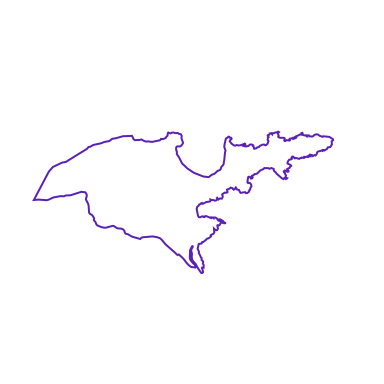 Village, Saint Lucia (Albers equal-area conic projection), rotated 339°
{"feature_id": "8701671B40321186165087", "entity_name": "Village", "entity_type": "district", "adm_level": 2, "iso_a3": "LCA", "parent_name": "Saint Lucia", "parent_adm1": "", "projection": "albers", "projection_center": [-60.893, 13.818], "detail": "fine", "context": "isolated", "style": "outline", "palette": "violet", "viewbox_px": 384, "rotation_deg": 339, "n_neighbors": 0, "source": "geoboundaries", "source_scale": "gbopen_adm2", "svg_char_len": 6119}
<svg xmlns="http://www.w3.org/2000/svg" viewBox="0 0 384 384"><g transform="rotate(339 192 192)"><path d="M126.8,217.3L128.3,216.6L129.7,216.6L139.1,219.3L142.7,221.3L145.4,223.5L146.5,225.4L148.6,231.5L154.9,243.5L155.7,245.6L155.4,245.8L157.3,245.6L158.8,248.5L160.2,251.6L161.7,256.7L162.7,259.1L164.4,261.7L168.0,263.7L168.5,263.6L168.6,261.5L168.3,260.0L167.6,259.4L166.2,255.0L166.2,253.1L169.3,245.7L172.3,243.0L172.9,242.7L173.2,243.0L172.9,243.6L171.2,245.0L170.2,246.4L169.8,249.8L168.6,252.2L167.9,255.0L168.1,256.7L169.6,260.5L170.2,265.0L171.3,269.8L171.7,271.0L172.7,271.3L173.5,270.8L173.9,269.6L174.1,266.4L174.3,266.2L175.7,266.8L176.7,264.4L176.5,262.7L177.4,261.2L177.4,260.6L176.6,259.0L177.3,257.1L176.9,256.2L176.8,253.3L176.4,251.6L177.1,250.3L176.9,247.1L179.7,242.9L182.4,243.5L183.6,242.4L184.6,242.7L187.1,242.0L189.5,240.9L190.6,241.2L193.1,240.6L193.9,240.2L193.9,239.2L194.4,238.9L196.9,238.7L198.3,237.8L199.4,234.0L200.6,236.3L201.8,236.6L203.1,235.5L203.5,232.8L203.8,232.2L204.3,232.2L204.9,232.8L206.1,232.7L208.3,230.5L209.2,231.7L210.1,231.6L210.7,232.7L211.8,233.0L211.9,232.7L210.6,231.2L210.6,230.3L208.5,227.6L207.6,227.3L207.5,228.8L207.1,228.8L206.2,227.8L205.7,225.5L204.8,224.3L203.2,223.6L202.9,224.1L202.6,223.4L201.1,222.7L201.0,223.3L200.7,223.4L196.5,219.5L195.5,219.3L194.8,219.9L193.8,219.5L193.7,218.9L193.1,218.4L190.4,218.5L189.4,217.9L189.1,216.3L190.3,209.4L191.6,207.7L193.4,207.1L194.3,206.2L195.6,206.4L196.5,205.8L197.4,205.8L197.6,206.8L197.9,206.9L201.5,206.5L205.3,207.3L206.3,206.6L206.5,205.6L207.5,206.6L209.0,207.1L210.3,208.3L211.2,208.5L212.8,208.2L213.2,207.5L213.0,206.6L213.4,206.4L214.1,208.5L215.7,208.0L217.5,208.9L218.6,208.0L219.2,207.0L219.2,205.3L219.5,204.9L222.3,204.3L224.0,205.0L224.9,205.0L225.2,204.6L225.5,202.3L228.3,202.3L229.8,201.8L231.2,203.0L231.2,203.7L231.9,204.2L232.0,204.8L233.3,204.4L234.5,203.5L234.9,205.8L236.6,206.9L236.7,208.9L237.0,210.2L241.6,211.2L241.9,212.3L243.3,212.8L245.4,212.1L245.7,211.4L246.3,211.2L246.6,210.5L247.4,210.2L247.9,209.2L249.5,208.1L249.9,206.3L249.5,204.7L248.4,203.8L247.6,203.8L247.2,203.0L248.7,199.9L250.0,198.1L250.8,198.2L251.4,198.7L251.7,199.2L251.7,200.4L252.9,200.9L253.7,200.2L252.8,199.6L253.7,198.4L255.6,198.3L256.7,197.7L257.5,198.0L259.5,198.1L263.6,196.3L266.6,196.2L268.1,195.6L271.8,197.1L272.6,198.1L274.6,198.0L276.5,199.7L276.2,201.0L276.3,202.1L277.2,203.6L277.6,205.4L280.9,211.5L281.9,212.7L282.9,212.1L283.4,212.3L284.1,213.5L285.3,213.5L285.8,213.2L284.2,212.0L285.7,210.3L285.3,208.5L285.6,207.7L284.9,206.4L285.1,205.6L286.4,205.1L288.3,207.3L289.4,207.5L289.7,206.6L289.0,205.4L289.0,204.7L291.7,204.4L292.4,203.7L293.9,203.2L293.7,202.1L291.5,199.8L291.5,199.1L292.2,198.1L294.2,196.7L296.1,197.0L297.0,196.9L297.4,196.2L297.2,195.7L298.2,194.9L298.8,195.0L299.3,195.4L299.6,196.8L300.1,197.5L301.1,197.3L303.9,199.5L305.4,199.1L306.3,199.5L307.0,199.2L308.2,200.1L309.3,200.3L309.5,200.0L309.1,199.5L309.3,199.3L310.3,200.0L311.4,200.1L313.1,201.0L313.5,200.9L313.4,200.3L315.6,201.2L315.8,200.6L314.8,199.6L315.2,199.3L317.2,200.4L317.7,201.8L319.5,201.4L320.4,202.2L322.2,201.1L323.1,199.8L324.1,199.4L326.7,199.7L329.1,199.6L329.3,199.7L328.5,200.2L328.6,200.5L330.1,200.3L330.5,200.7L333.5,200.2L334.7,199.0L337.2,199.6L339.7,197.7L340.5,194.8L342.4,194.1L342.5,193.2L340.0,189.8L334.7,187.1L334.1,187.0L333.7,187.3L331.0,185.0L330.2,183.5L328.9,182.8L326.9,182.5L325.0,183.3L324.0,183.3L321.8,182.2L321.7,181.4L320.5,180.6L319.9,180.9L319.6,181.6L319.2,181.4L318.9,181.0L318.8,179.9L317.5,179.6L316.0,178.5L316.3,176.6L316.1,176.2L315.2,176.3L315.3,177.4L315.0,177.8L313.2,177.0L311.2,177.3L308.9,177.3L308.5,177.4L309.0,178.1L308.9,178.6L307.2,178.8L305.9,178.7L306.5,177.9L305.9,177.5L304.6,177.8L302.3,177.3L301.2,178.0L301.8,178.6L301.8,178.9L301.4,178.9L299.0,177.5L297.2,177.9L296.7,177.5L296.6,176.8L297.6,175.7L297.7,174.8L296.9,174.2L293.7,173.0L292.3,171.6L292.4,171.0L293.1,170.4L293.0,168.1L294.7,167.3L294.1,166.5L292.6,166.7L290.2,166.2L289.5,166.5L288.1,165.9L287.5,166.9L286.8,165.4L286.0,165.3L285.5,165.2L284.8,166.2L283.3,166.1L282.8,166.6L283.2,168.2L282.2,168.6L282.0,169.4L281.3,170.3L281.6,171.9L281.4,172.3L280.7,172.8L280.0,173.9L278.2,174.7L277.2,174.7L276.4,173.6L274.9,173.1L272.1,173.2L270.5,174.0L268.8,173.7L267.8,174.2L265.7,174.0L265.4,173.6L265.8,172.4L265.3,171.0L265.9,170.5L265.8,170.2L264.6,168.9L263.1,168.5L261.1,169.2L258.5,168.8L256.7,167.5L258.7,166.9L258.9,166.2L258.5,165.7L256.8,165.9L253.4,165.6L251.8,165.1L250.5,164.1L248.9,164.3L247.7,163.3L246.3,161.1L245.4,158.3L246.1,157.4L248.0,156.6L248.1,155.6L247.7,155.1L246.8,154.9L246.5,153.8L245.8,153.4L244.4,154.0L243.5,154.0L242.6,154.5L239.3,159.5L238.3,161.4L238.1,165.4L237.0,166.9L233.8,173.3L231.2,177.7L228.6,179.0L226.6,181.2L226.0,181.5L223.3,181.5L219.7,183.0L216.5,183.0L213.0,184.1L208.1,181.6L200.6,174.7L196.2,168.5L193.0,161.8L192.2,154.3L191.4,151.2L192.3,149.1L192.3,147.0L192.7,145.8L193.5,144.4L193.9,144.2L194.8,144.2L197.1,145.2L198.8,144.8L200.9,143.4L201.3,142.6L201.4,138.2L202.5,135.8L202.3,134.1L200.6,133.0L199.9,131.8L197.9,131.3L195.8,129.7L194.6,129.4L192.9,129.6L191.2,128.0L190.6,128.3L189.3,130.7L188.1,131.1L186.8,132.1L184.1,132.3L182.0,131.3L181.4,131.9L180.4,132.2L172.6,130.9L169.2,129.0L167.2,128.5L165.3,126.9L163.6,124.8L162.1,124.7L157.4,123.2L156.4,121.9L156.1,118.1L147.6,115.2L139.9,114.5L137.0,113.8L135.9,113.9L133.6,114.7L132.4,114.7L128.2,113.9L124.4,113.9L116.6,112.7L113.2,113.3L111.8,112.9L110.7,113.3L109.7,114.0L85.0,118.7L81.2,118.0L71.1,118.8L65.6,121.7L41.5,142.8L46.0,144.1L53.4,147.6L55.7,147.8L60.4,147.4L67.6,148.7L70.8,150.1L72.9,150.0L77.4,151.5L88.8,152.2L92.2,154.0L92.7,155.4L92.7,156.8L92.3,158.1L90.8,160.0L90.3,161.2L90.8,165.6L90.6,167.7L88.5,174.5L89.1,176.2L90.3,177.4L90.9,179.5L91.2,181.6L90.4,182.8L90.4,183.5L91.1,185.5L91.1,187.7L91.5,189.1L94.9,192.4L97.6,194.0L98.6,194.4L105.8,195.2L106.7,195.6L108.9,198.7L110.3,199.7L112.8,200.8L114.1,202.0L114.9,203.6L114.8,206.4L115.3,207.3L117.1,208.5L119.9,212.1L126.8,217.3Z" fill="none" stroke="#5b21b6" stroke-width="2"/></g></svg>